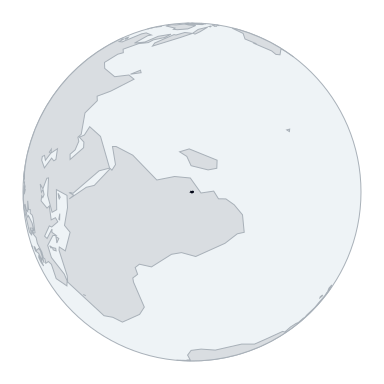 Nsanje highlighted on a globe, orthographic projection, rotated 270°
{"feature_id": "MWI-1919", "entity_name": "Nsanje", "entity_type": "District", "adm_level": 1, "iso_a3": "MWI", "parent_name": "Malawi", "parent_adm1": "", "projection": "orthographic", "projection_center": [35.132, -16.733], "detail": "fine", "context": "on_globe", "style": "filled", "palette": "ink", "viewbox_px": 384, "rotation_deg": 270, "n_neighbors": 0, "source": "natural_earth", "source_scale": "10m", "svg_char_len": 5790}
<svg xmlns="http://www.w3.org/2000/svg" viewBox="0 0 384 384"><g transform="rotate(270 192 192)"><circle cx="192" cy="192" r="169" fill="#eef3f6" stroke="#a8b0b8"/><path d="M23.7,177.1L23.8,177.1L23.7,182.9L23.5,187.8L24.0,187.4L24.1,190.2L28.9,187.6L33.6,191.1L34.9,201.1L33.9,215.3L39.9,241.6L39.9,254.5L44.6,265.2L52.6,282.7L52.0,284.8L57.0,290.5L60.6,296.1L61.5,298.4L65.7,303.2L66.6,304.8L69.0,306.8L76.5,314.8L81.4,318.8L88.4,324.9L91.6,326.9L92.0,327.5L94.0,329.1L96.2,330.6L94.9,330.2L89.3,326.1L79.9,318.4L71.1,310.0L63.0,301.1L55.5,291.5L48.7,281.5L42.6,271.0L37.3,260.0L32.9,248.8L29.2,237.2L26.4,225.4L24.4,213.4L23.3,201.3L23.1,189.2L23.7,177.1ZM99.1,331.8L96.0,330.9L96.8,331.0L92.4,327.6L95.9,329.0L99.1,331.8ZM88.3,322.6L86.1,319.9L87.1,320.2L88.8,322.2L88.3,322.6ZM229.3,27.2L230.7,27.5L232.0,28.0L233.4,28.4L233.0,28.1L231.0,27.6L243.1,31.0L255.0,35.2L266.5,40.3L277.6,46.3L288.2,53.1L298.3,60.7L307.8,68.9L316.6,77.9L324.8,87.5L332.2,97.7L338.8,108.4L344.7,119.6L345.8,122.1L344.4,121.7L345.2,124.2L342.4,119.2L342.1,122.2L350.1,141.5L351.1,146.2L349.0,151.4L348.3,147.7L340.9,134.5L342.0,145.0L347.7,158.2L349.8,171.0L346.5,164.6L344.1,153.3L341.4,148.3L340.4,138.7L334.8,123.1L331.3,123.3L329.8,117.8L321.6,104.5L315.6,104.7L307.3,114.7L309.0,128.9L304.8,134.0L292.9,110.8L287.8,97.1L283.3,97.3L271.1,85.0L249.7,81.2L246.8,77.9L242.7,78.8L234.1,75.1L229.8,70.1L224.5,70.1L236.3,83.6L241.9,83.9L246.8,79.4L249.0,84.4L257.3,89.7L247.6,100.5L215.9,109.6L213.2,99.1L190.7,73.0L191.5,70.3L191.5,70.0L191.2,69.5L188.8,73.8L185.1,69.3L196.7,86.3L198.6,94.3L215.5,110.3L213.8,111.9L219.4,115.5L237.5,112.5L237.5,116.1L228.8,132.8L204.0,156.8L207.5,174.6L206.0,190.3L191.0,201.0L192.9,213.7L185.2,218.5L185.1,225.9L179.2,234.2L169.2,242.5L151.7,244.2L150.2,237.3L140.7,225.0L127.5,195.7L131.4,181.5L129.7,171.5L117.1,151.5L119.8,139.4L116.5,135.2L109.7,137.6L106.0,132.8L101.9,133.5L76.9,144.3L69.6,139.6L61.9,122.4L66.7,112.8L68.3,104.0L101.9,67.7L108.3,67.2L133.9,59.0L137.0,59.3L133.1,65.3L151.7,70.1L158.6,64.5L176.3,67.5L188.6,67.0L194.4,56.4L174.3,56.7L171.7,52.1L188.5,47.6L206.1,48.5L205.7,46.8L195.2,42.9L200.0,40.2L191.7,41.4L194.5,43.0L189.4,44.1L186.4,42.8L188.2,41.7L183.1,41.1L175.9,47.0L178.0,49.3L164.1,51.2L166.3,55.4L162.2,57.8L157.0,51.7L158.1,49.3L147.8,44.6L145.5,47.1L155.0,52.0L151.7,51.9L148.6,56.2L148.4,52.8L138.6,47.7L126.5,51.4L109.9,64.3L103.1,67.1L98.1,66.9L105.4,56.2L119.7,51.4L122.5,48.4L120.7,45.8L125.2,44.8L126.2,43.4L131.8,41.9L140.6,37.4L146.4,36.1L150.9,32.5L154.5,31.6L150.8,33.8L151.3,35.0L165.8,33.1L168.9,32.2L170.7,30.2L174.4,30.3L174.3,28.6L183.2,27.7L172.3,27.8L174.1,26.3L180.0,25.0L178.6,24.8L169.0,26.9L166.9,27.8L168.3,28.5L160.9,32.1L155.7,33.3L156.0,30.2L148.7,31.8L152.1,29.4L176.0,24.0L185.4,23.3L198.7,24.0L195.9,24.4L189.7,24.2L194.4,25.3L194.5,24.7L197.7,25.1L200.2,24.4L202.5,24.6L200.9,23.8L204.1,24.0L205.0,24.5L211.4,24.5L218.2,25.3L218.6,25.3L217.0,25.0L226.7,26.7L223.2,26.0L221.5,25.6L229.3,27.2ZM89.5,83.2L88.4,85.8L89.5,83.2ZM224.5,55.9L235.3,57.5L231.0,51.1L234.8,51.3L231.9,49.3L230.7,50.7L223.7,45.4L228.6,44.5L227.5,42.3L223.8,41.7L216.1,44.4L225.9,51.6L223.2,53.8L224.5,55.9ZM126.5,38.8L128.0,38.8L125.3,40.6L118.0,43.6L121.8,41.0L126.5,38.8ZM130.7,38.6L133.1,35.5L137.7,33.9L134.7,35.2L137.5,34.5L133.5,36.5L135.6,38.6L133.4,40.4L121.1,44.2L126.3,41.8L124.6,41.7L130.7,38.6ZM139.0,31.6L138.6,31.7L135.2,32.9L139.0,31.6ZM141.0,56.8L143.5,56.6L147.5,55.9L145.5,58.8L141.0,56.8ZM134.1,53.2L136.4,52.5L135.7,55.7L133.1,56.1L134.1,53.2ZM138.3,49.6L136.6,52.2L136.0,51.0L138.3,49.6ZM153.0,33.3L155.6,32.7L155.6,33.1L153.9,34.0L153.0,33.3ZM190.7,58.1L186.8,60.2L185.1,59.2L186.7,58.7L190.7,58.1ZM164.8,58.8L170.4,59.8L164.2,59.6L164.8,58.8ZM254.1,286.7L254.9,289.7L252.4,289.4L254.1,286.7ZM235.1,189.2L223.8,217.1L215.7,216.8L214.1,208.1L218.3,191.1L227.6,186.8L232.2,179.6L235.1,189.2ZM357.7,213.7L357.9,216.4L357.8,217.1L357.7,213.7ZM357.5,209.1L358.1,211.5L357.1,210.4L357.5,209.1ZM358.3,212.4L358.9,213.2L359.2,212.9L358.9,214.3L358.3,212.4ZM356.9,207.7L352.2,199.9L349.9,195.0L350.8,192.8L354.6,198.2L356.9,207.7ZM350.6,192.5L346.5,180.3L337.9,152.5L341.0,154.7L349.4,174.0L349.0,176.0L351.5,184.8L350.6,192.5ZM359.0,189.0L358.5,195.7L356.3,190.8L355.1,187.8L354.3,177.3L354.7,173.4L355.9,175.0L358.1,165.8L359.3,171.7L359.1,176.3L360.0,184.3L359.0,189.0ZM309.8,130.5L313.8,140.5L311.3,141.1L309.8,130.5ZM357.4,157.8L357.6,161.8L356.8,155.4L357.4,157.8ZM356.4,153.0L356.8,154.6L355.7,150.4L355.9,151.0L356.4,153.0ZM346.8,128.4L345.6,127.6L344.8,125.3L345.7,125.1L346.8,128.4ZM210.1,24.0L213.3,24.4L206.7,23.7L206.8,23.7L210.1,24.0ZM327.3,293.1L327.1,293.5L328.0,292.2L327.3,293.1ZM329.2,290.6L328.1,292.1L332.5,285.7L335.2,281.0L329.2,280.0L329.6,275.9L333.1,271.6L340.5,254.3L340.7,255.4L345.0,245.0L350.6,243.1L355.8,232.2L354.7,237.5L354.8,237.2L351.2,248.6L346.8,259.6L341.7,270.4L335.8,280.7L329.2,290.6ZM358.2,219.4L359.1,216.4L359.0,217.5L358.2,219.4ZM360.7,202.0L360.7,201.7L360.7,201.8L360.7,202.0ZM360.9,188.0L360.3,187.1L360.5,192.4L360.9,192.2L360.5,194.3L360.3,203.6L360.0,205.8L360.3,195.9L359.6,203.6L359.4,202.3L359.7,194.5L360.2,187.1L360.5,184.7L360.9,187.7L360.9,188.0ZM359.4,168.8L359.4,169.0L359.2,168.0L359.4,168.8ZM355.7,150.1L355.5,149.5L355.0,147.5L355.7,150.1Z" fill="#d9dde1" stroke="#a8b0b8" stroke-width="1"/><path d="M191.7,192.3L191.6,192.2L191.4,192.0L191.3,191.9L191.4,191.7L191.5,191.7L191.7,191.3L191.8,191.3L191.8,191.2L191.9,190.8L192.1,191.0L192.3,191.0L192.2,191.3L192.0,191.6L192.3,191.7L192.3,191.8L192.4,192.1L192.5,192.3L192.4,192.4L192.4,192.5L192.5,192.7L192.5,192.8L192.5,193.0L192.4,193.2L192.0,193.2L191.9,193.2L191.7,192.9L191.8,192.8L191.8,192.7L192.0,192.6L192.0,192.4L191.9,192.2L191.7,192.3Z" fill="#0f172a" stroke="#020617" stroke-width="1.5"/></g></svg>